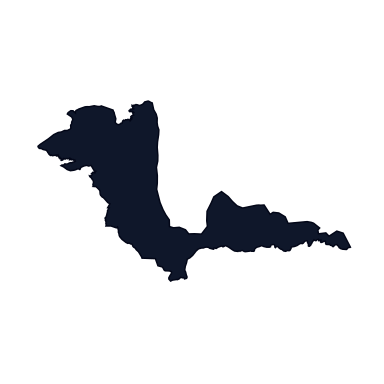 outline of Fanteakwa South, Eastern, Ghana, rotated 55°
{"feature_id": "2480657B5172435396617", "entity_name": "Fanteakwa South", "entity_type": "district", "adm_level": 2, "iso_a3": "GHA", "parent_name": "Ghana", "parent_adm1": "Eastern", "projection": "robinson", "projection_center": [-0.395, 6.371], "detail": "fine", "context": "isolated", "style": "filled", "palette": "ink", "viewbox_px": 384, "rotation_deg": 55, "n_neighbors": 0, "source": "geoboundaries", "source_scale": "gbopen_adm2", "svg_char_len": 5961}
<svg xmlns="http://www.w3.org/2000/svg" viewBox="0 0 384 384"><g transform="rotate(55 192 192)"><path d="M328.1,93.9L312.4,91.8L307.1,95.8L306.8,105.1L302.3,105.8L298.8,112.4L295.3,110.7L294.7,108.1L287.3,110.3L285.3,111.7L282.3,114.7L272.8,131.3L265.8,129.9L259.0,132.9L255.2,137.2L255.1,140.8L244.0,140.4L242.2,143.4L241.0,144.8L239.8,146.8L234.2,159.7L229.2,163.0L223.0,164.3L216.5,165.0L208.6,167.6L208.5,176.9L212.0,182.6L216.4,190.7L224.0,196.4L229.0,199.1L231.9,208.4L227.5,214.1L224.5,218.7L219.2,219.0L213.6,222.7L210.7,227.7L207.4,230.3L201.8,226.6L195.7,226.6L189.8,225.9L182.2,224.2L169.5,219.4L164.9,215.4L158.7,211.0L151.4,207.0L147.0,202.3L142.3,198.9L135.5,194.9L131.2,191.5L125.9,186.5L122.1,183.5L118.3,182.4L115.0,180.7L111.5,178.1L107.7,176.7L102.7,176.2L96.2,173.5L95.4,174.1L92.6,175.5L92.2,176.1L91.1,179.1L91.7,181.2L91.8,182.5L91.5,184.0L90.8,185.8L89.6,186.4L88.2,187.8L88.3,188.9L87.7,189.4L88.2,189.9L87.3,190.6L87.7,191.2L86.8,191.5L87.4,191.9L87.7,191.4L88.1,191.6L88.6,191.4L88.9,192.1L89.3,192.3L90.2,191.9L90.6,192.0L90.5,192.5L89.4,192.8L89.7,193.8L88.9,194.9L89.2,195.5L89.2,196.8L89.8,197.1L90.7,196.8L90.8,196.0L91.8,194.5L92.1,194.4L92.4,194.8L92.6,194.3L93.4,194.0L93.4,194.3L92.9,194.7L93.2,195.1L94.3,195.6L95.5,195.6L95.0,197.7L95.2,198.9L95.6,199.1L96.9,198.5L97.0,198.7L96.6,199.3L96.5,199.9L97.6,199.7L97.9,199.9L97.8,200.2L97.2,200.3L97.1,200.7L97.5,201.4L98.1,201.4L98.2,201.8L97.6,201.6L95.7,202.8L95.6,203.9L94.7,204.9L94.8,206.3L93.9,206.8L94.1,208.1L95.5,209.7L94.9,210.6L95.2,211.2L94.8,213.5L93.2,214.7L90.9,215.0L88.3,212.4L83.8,210.9L81.9,210.1L81.0,210.2L79.6,209.7L69.4,217.0L69.5,217.4L68.9,218.7L67.8,220.2L65.3,222.6L63.2,227.3L61.9,229.0L60.9,230.8L59.1,237.2L59.0,238.8L58.7,239.8L59.1,241.4L60.4,242.2L58.3,242.8L57.3,242.8L55.9,244.6L55.9,247.9L56.6,249.4L61.5,247.5L63.7,247.8L64.6,248.5L65.8,250.6L66.8,251.0L67.7,253.1L70.3,254.7L70.6,255.7L70.1,258.9L68.5,261.1L67.9,264.6L66.5,267.4L65.7,272.3L66.1,279.4L65.9,288.9L66.2,291.9L66.8,292.2L68.7,292.1L70.1,290.4L71.8,289.6L74.1,287.5L76.0,287.2L77.2,287.5L78.0,287.1L78.8,287.5L80.6,287.1L80.7,286.7L81.1,286.6L80.9,286.0L82.3,285.4L83.5,282.7L84.0,282.6L84.1,281.5L84.5,281.2L84.9,281.7L85.0,281.3L85.2,281.2L85.1,280.9L85.5,281.1L85.6,280.6L87.7,281.2L88.0,280.7L88.3,280.8L88.1,280.3L88.7,280.2L88.7,280.6L89.0,280.8L90.4,279.8L90.8,281.0L91.1,281.0L91.5,280.0L91.2,279.6L91.2,279.4L91.5,279.6L91.6,279.4L90.9,278.0L91.5,277.8L91.4,277.4L91.7,277.2L92.3,277.0L92.3,276.2L93.0,275.0L93.4,274.9L93.7,274.1L94.1,273.7L94.0,273.0L94.5,273.0L95.1,273.5L95.0,272.7L95.3,272.9L95.5,272.4L95.7,272.7L96.2,272.6L96.2,272.2L96.5,272.2L97.0,271.3L97.0,270.9L97.6,270.4L98.2,270.6L98.3,269.9L98.6,269.6L99.9,269.9L99.7,271.7L99.2,272.5L99.2,273.6L98.5,274.3L97.9,275.8L97.6,278.3L96.0,280.1L96.3,281.8L95.3,283.0L95.3,284.2L97.7,282.8L102.1,281.3L104.8,279.4L106.4,276.3L107.1,274.3L107.1,273.1L107.6,272.5L107.6,271.9L109.2,271.0L109.0,270.2L108.2,269.3L108.1,268.9L108.7,265.6L109.7,263.1L111.5,261.7L112.3,259.4L118.6,259.9L119.7,259.0L119.6,259.8L120.4,260.0L120.7,260.3L120.6,260.7L120.0,260.8L119.0,261.8L119.2,262.8L119.3,262.5L119.6,262.4L120.1,263.0L120.1,263.8L120.7,264.2L120.9,265.0L120.6,265.6L120.6,266.4L120.1,266.7L120.7,266.9L122.5,266.4L125.0,266.5L125.7,266.3L126.1,266.4L127.7,267.2L129.1,268.9L130.0,269.3L130.7,269.2L130.8,269.7L132.6,267.5L136.9,266.7L138.3,266.8L141.0,268.4L142.2,268.7L144.7,268.4L145.5,267.9L147.0,267.6L152.4,267.0L154.6,266.0L156.5,270.1L157.5,269.0L158.8,271.9L160.3,273.0L160.4,273.4L161.8,274.9L163.1,276.6L163.5,278.2L165.0,278.6L165.4,279.2L166.4,279.3L168.2,280.2L168.4,280.6L169.9,281.2L170.5,282.0L173.3,277.9L178.0,274.5L177.9,273.1L181.1,274.2L182.8,275.4L183.9,275.6L186.0,276.6L187.2,276.8L190.7,276.5L195.5,275.0L197.3,274.0L197.7,272.8L199.3,272.1L200.1,271.2L201.2,271.1L202.2,271.5L203.4,271.5L205.7,270.6L207.1,270.8L210.3,270.1L216.4,270.5L217.5,270.9L225.6,260.2L232.9,262.2L236.0,259.6L236.9,259.2L240.0,259.6L241.1,259.2L243.6,255.9L245.1,254.7L245.9,254.7L247.2,256.2L247.8,257.9L249.0,260.2L250.1,260.9L252.7,260.6L253.0,258.5L254.8,254.9L255.4,254.3L255.8,252.4L255.4,250.1L256.8,249.1L257.3,247.8L258.9,248.0L259.6,246.0L259.0,245.0L258.5,244.7L256.8,244.3L253.8,243.1L252.3,242.9L251.5,242.5L249.0,240.1L246.9,237.2L244.3,234.4L244.7,231.5L244.3,227.8L242.7,222.6L242.3,219.3L243.3,216.4L244.4,214.7L244.8,213.0L245.4,211.8L246.7,210.3L248.2,209.8L251.0,207.4L251.2,207.1L250.5,206.8L250.4,206.3L250.6,205.9L252.1,204.6L252.2,202.1L253.1,199.1L253.5,198.5L254.6,198.1L254.4,197.4L254.9,197.2L255.0,195.6L255.5,195.0L257.9,193.7L262.8,191.9L264.7,191.0L267.1,188.4L267.0,187.6L267.4,187.0L268.1,186.7L268.0,186.0L268.7,184.5L269.2,183.9L270.6,183.4L271.5,182.5L273.5,178.7L273.6,178.1L274.7,177.2L276.0,175.4L275.9,174.7L274.6,173.3L274.4,171.6L274.5,170.3L275.3,168.2L275.7,166.1L276.3,165.4L277.8,164.5L280.0,162.5L281.6,160.2L281.9,159.1L280.8,158.2L281.0,156.7L281.9,155.2L282.6,154.7L283.9,155.2L284.7,155.7L285.4,155.6L285.1,154.2L285.3,153.8L285.9,153.0L288.1,152.7L289.8,152.0L290.6,151.3L292.9,150.7L294.3,149.3L294.6,147.6L295.8,146.1L296.0,145.3L295.0,143.2L294.3,142.7L294.1,142.1L295.4,139.3L296.1,136.7L296.2,133.2L296.9,131.9L297.6,131.2L297.7,130.3L297.0,127.7L297.3,127.0L297.7,126.0L298.3,125.8L298.8,125.8L300.0,126.5L300.9,126.3L303.0,127.6L303.6,127.3L303.8,126.9L303.6,125.2L303.1,124.6L302.9,123.7L302.0,122.2L301.1,119.4L302.4,119.0L303.0,118.3L302.8,117.0L303.2,115.6L303.7,115.5L304.5,116.1L304.9,115.4L305.1,114.2L305.4,113.9L306.3,115.1L306.6,115.3L307.2,115.3L307.7,114.6L308.1,112.3L308.5,111.1L309.1,110.9L310.4,111.9L311.8,112.2L313.3,110.4L313.5,109.4L313.8,109.1L314.9,109.3L315.9,108.3L317.6,107.9L317.8,107.5L317.3,105.3L318.2,103.3L319.1,103.5L320.2,103.2L321.4,103.2L321.9,103.4L324.0,102.5L324.3,102.1L325.0,101.7L327.6,98.6L327.7,98.1L327.2,96.3L327.5,95.0L328.0,94.5L328.1,93.9Z" fill="#0f172a" stroke="#020617" stroke-width="1.5"/></g></svg>